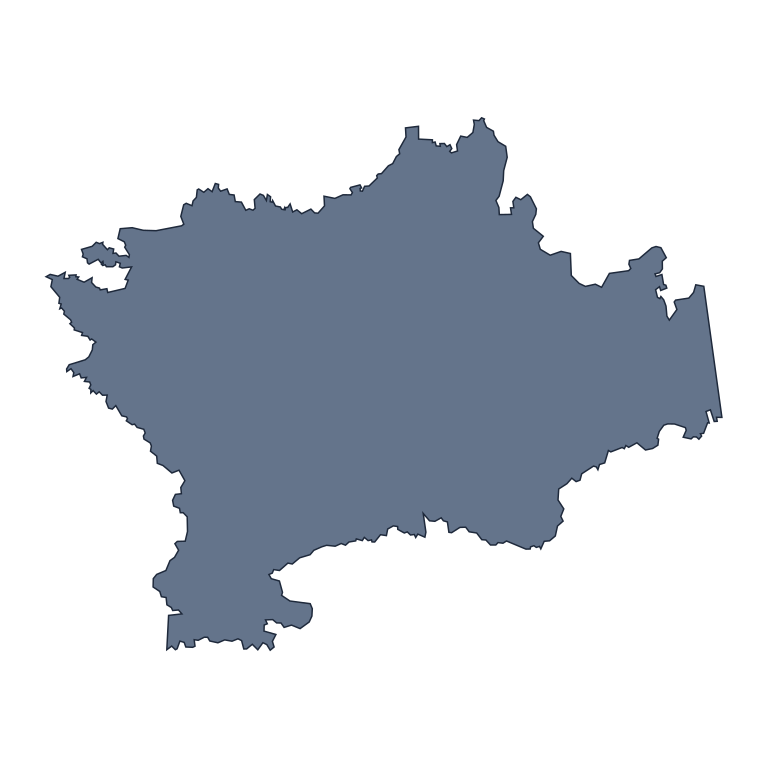 outline of Cotaxtla, Veracruz, Mexico
{"feature_id": "50627088B87559081600102", "entity_name": "Cotaxtla", "entity_type": "district", "adm_level": 2, "iso_a3": "MEX", "parent_name": "Mexico", "parent_adm1": "Veracruz", "projection": "robinson", "projection_center": [-96.372, 18.858], "detail": "fine", "context": "isolated", "style": "filled", "palette": "slate", "viewbox_px": 768, "rotation_deg": 0, "n_neighbors": 0, "source": "geoboundaries", "source_scale": "gbopen_adm2", "svg_char_len": 6063}
<svg xmlns="http://www.w3.org/2000/svg" viewBox="0 0 768 768"><path d="M170.0,560.6L165.9,570.5L156.7,574.4L153.3,578.6L153.1,587.0L159.8,591.5L161.4,596.7L166.1,597.5L166.9,604.8L171.3,607.5L172.7,610.5L178.5,610.0L181.9,613.9L168.6,615.4L166.8,649.7L171.7,646.1L175.4,649.7L177.1,648.8L179.9,641.1L184.2,642.4L185.8,647.0L192.7,647.3L195.0,646.2L194.2,639.7L198.2,640.3L204.3,637.2L207.7,637.3L209.8,641.0L217.9,642.8L224.7,639.9L232.0,641.2L238.0,638.8L241.6,640.6L243.8,649.0L246.7,648.9L252.3,644.3L257.8,649.8L262.9,642.7L266.8,644.6L270.2,650.2L274.1,647.0L272.4,641.4L275.9,634.5L264.0,631.1L264.2,625.0L267.3,623.8L265.5,619.9L272.7,619.6L276.6,622.9L281.0,623.0L284.1,627.4L291.5,625.1L300.1,628.6L309.2,622.0L311.9,616.1L312.3,608.7L310.2,603.7L289.9,601.0L281.6,595.4L282.5,592.3L279.4,581.0L271.3,578.7L268.9,574.5L272.3,573.1L273.7,569.6L279.5,570.5L287.9,563.1L292.3,564.0L299.7,557.8L310.1,554.7L313.8,550.3L321.8,546.8L326.6,545.3L335.2,546.2L341.2,543.5L345.5,545.2L349.0,542.0L355.7,540.9L356.3,538.9L362.3,540.6L364.3,537.4L368.1,540.6L371.5,539.9L372.0,541.9L374.7,542.0L380.5,534.7L386.4,535.6L387.7,529.0L393.3,525.9L397.6,526.5L397.8,529.4L404.3,533.0L407.3,531.9L410.5,535.0L414.3,534.5L415.7,537.5L417.8,534.1L424.9,537.2L425.9,532.2L423.2,513.4L429.5,520.8L434.9,521.3L441.2,517.8L443.4,520.8L447.4,521.9L448.9,532.3L451.6,532.7L459.9,527.4L465.7,527.2L469.2,531.8L476.7,533.0L481.8,539.7L485.9,540.0L490.5,545.0L495.8,545.0L498.0,542.6L503.0,543.2L506.5,541.0L525.9,549.1L530.2,549.0L530.5,546.9L533.9,545.7L536.3,547.4L539.5,546.4L540.8,548.9L544.2,541.3L549.6,540.8L555.3,536.0L557.5,526.0L563.1,521.1L560.8,516.4L563.8,508.9L558.0,500.0L558.7,489.0L566.9,483.7L571.8,478.2L576.1,481.6L580.0,480.2L581.7,473.8L593.5,466.1L596.3,466.9L597.9,469.7L599.5,464.5L604.7,462.9L608.4,450.5L610.8,451.9L622.1,447.5L624.3,448.7L625.9,445.5L628.7,447.3L636.9,442.8L645.5,450.0L652.6,448.5L657.9,445.2L658.6,439.2L657.1,438.3L659.3,431.4L663.8,425.2L667.7,423.9L674.5,424.0L685.4,427.6L686.2,430.3L683.2,437.2L691.1,438.9L693.4,436.8L696.5,437.0L698.9,439.2L701.6,436.1L700.4,433.7L703.6,433.3L707.6,422.8L709.2,423.0L706.0,411.5L710.4,409.8L714.2,421.5L717.2,421.3L716.5,417.3L721.9,417.4L703.8,286.3L695.8,284.8L693.6,292.4L688.8,298.1L675.6,300.1L674.2,302.0L676.9,309.5L669.3,320.1L666.9,316.1L666.0,306.1L663.7,299.8L660.9,296.5L659.9,298.6L657.5,297.4L655.6,289.7L659.5,286.7L660.7,290.5L666.8,288.1L665.9,285.2L663.6,284.5L661.9,274.5L656.0,276.5L655.0,273.9L659.7,272.7L662.4,268.9L662.3,261.2L666.3,257.7L660.9,247.7L656.0,246.5L651.8,247.9L638.9,258.9L629.5,260.4L628.9,264.2L630.8,268.5L628.6,270.7L609.4,273.4L601.6,287.3L595.3,284.2L585.4,286.4L579.1,283.4L571.3,275.5L570.4,253.5L561.1,251.4L550.2,255.2L540.3,249.3L538.4,242.8L543.3,236.3L533.4,228.3L532.4,221.6L535.8,214.3L536.4,208.8L530.4,196.8L527.4,194.4L520.8,199.7L515.9,197.3L512.9,201.4L513.8,207.8L510.5,207.8L511.5,214.4L499.3,214.6L498.9,207.5L495.9,200.5L499.1,196.3L503.2,180.8L503.7,170.6L507.2,157.3L505.7,146.3L498.0,141.7L494.0,135.2L493.4,131.2L486.6,127.4L483.7,120.7L484.4,119.0L481.6,117.8L479.0,120.6L473.5,120.1L474.3,124.4L472.9,132.5L467.2,137.4L460.7,136.1L456.6,144.6L457.5,151.0L451.4,152.9L449.7,151.4L451.8,148.6L450.0,144.7L446.8,146.6L444.4,143.5L439.9,143.6L440.3,146.3L436.2,145.9L435.1,142.0L432.4,142.6L432.4,139.8L418.6,139.1L418.5,126.3L405.5,127.9L406.0,137.0L398.9,149.6L399.7,153.8L396.4,156.5L392.7,163.6L388.4,165.8L381.5,173.6L378.2,174.0L376.7,175.6L377.3,178.0L369.0,186.0L364.6,186.3L362.4,191.2L360.3,191.0L360.1,188.5L361.6,187.9L360.0,184.9L350.6,187.4L349.9,188.7L352.4,192.6L351.1,194.9L343.0,194.8L334.9,198.4L324.0,196.2L324.5,205.9L318.0,213.2L314.6,212.9L310.9,209.1L301.7,213.7L296.9,209.8L292.7,212.0L290.1,203.9L287.7,207.4L285.7,207.5L285.0,210.4L284.5,208.1L283.9,209.7L281.6,209.2L280.4,207.0L275.5,206.0L272.6,200.5L272.1,202.2L270.2,201.7L270.6,196.8L267.4,194.5L266.4,200.5L263.4,195.4L260.0,194.0L254.3,199.6L255.1,208.3L253.0,210.2L249.2,208.8L245.8,210.3L241.4,202.1L235.3,201.6L234.1,195.0L229.3,194.4L227.1,188.9L220.6,191.2L218.3,188.0L218.6,184.4L215.3,183.5L212.1,191.7L208.0,188.7L203.8,192.3L198.7,189.0L197.2,189.9L196.4,197.4L193.1,200.9L192.0,205.7L186.2,203.3L183.7,204.8L180.8,216.4L183.8,224.2L181.6,225.8L156.1,230.7L143.3,230.3L132.2,227.7L120.2,228.7L117.9,238.6L124.3,241.8L125.7,245.2L124.7,247.2L129.4,254.7L128.9,257.4L126.2,255.4L119.0,256.2L116.0,253.0L113.0,253.4L113.7,249.0L109.2,247.8L107.4,249.7L102.6,244.3L102.9,242.3L99.5,243.6L96.2,242.3L92.2,246.3L81.5,249.4L83.2,254.1L82.4,256.8L87.0,258.8L87.5,262.8L89.1,264.1L98.2,259.3L101.1,263.0L102.9,261.4L103.2,263.5L101.6,264.4L102.7,265.5L105.2,264.8L106.4,266.7L112.9,266.7L115.5,264.8L115.9,261.8L120.3,263.3L119.4,266.8L122.2,268.0L131.6,266.9L125.1,279.4L128.2,280.1L125.1,288.4L107.7,292.5L106.9,288.7L100.2,289.9L99.5,288.1L95.8,287.0L91.6,282.5L92.1,277.7L84.1,282.2L77.1,279.3L78.7,277.0L75.8,276.7L76.1,274.9L68.8,275.3L69.7,277.3L68.5,278.5L64.0,278.5L65.2,272.3L58.0,276.2L50.2,274.4L46.1,276.7L52.3,279.6L50.9,286.7L59.7,297.3L58.9,303.3L61.2,304.0L59.8,308.8L61.6,308.0L64.4,311.2L63.8,314.1L70.6,319.8L71.6,322.2L69.9,323.7L74.4,327.9L74.2,329.9L82.5,332.6L81.6,335.4L87.8,336.3L90.1,340.0L91.7,339.0L95.9,342.1L92.8,344.7L92.3,349.9L88.8,356.9L85.2,359.8L69.2,364.7L66.6,369.0L66.8,371.6L71.0,368.7L73.8,372.6L73.0,376.5L79.6,373.8L81.2,377.9L86.5,377.4L84.4,381.4L89.7,382.0L90.8,384.9L89.1,388.3L90.9,389.4L90.8,392.9L93.1,390.6L96.4,394.1L99.2,391.8L102.5,395.2L107.2,395.1L106.0,401.5L108.6,408.1L112.3,409.1L115.8,405.6L121.8,415.8L126.5,416.9L127.5,418.7L126.3,420.8L132.1,424.7L134.6,424.1L137.1,427.4L143.8,429.3L145.2,433.0L143.4,436.0L144.0,439.1L150.2,442.9L151.4,446.0L150.5,451.2L156.7,456.1L157.3,463.3L163.0,465.5L171.9,473.0L179.0,470.2L184.9,480.7L180.8,487.5L181.4,493.7L175.4,494.4L172.6,500.3L173.7,506.1L179.5,508.3L180.3,512.7L183.2,512.7L187.2,516.8L187.5,531.5L185.2,541.2L177.3,541.4L174.9,543.7L178.6,550.2L174.5,557.4L170.0,560.6Z" fill="#64748b" stroke="#1e293b" stroke-width="1.5"/></svg>